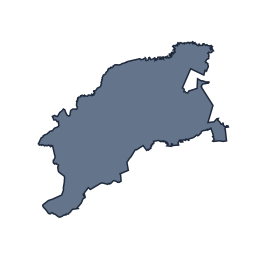 outline of Teapa, Tabasco, Mexico, rotated 78°
{"feature_id": "50627088B17236801966727", "entity_name": "Teapa", "entity_type": "district", "adm_level": 2, "iso_a3": "MEX", "parent_name": "Mexico", "parent_adm1": "Tabasco", "projection": "orthographic", "projection_center": [-92.975, 17.62], "detail": "fine", "context": "isolated", "style": "filled", "palette": "slate", "viewbox_px": 256, "rotation_deg": 78, "n_neighbors": 0, "source": "geoboundaries", "source_scale": "gbopen_adm2", "svg_char_len": 5655}
<svg xmlns="http://www.w3.org/2000/svg" viewBox="0 0 256 256"><g transform="rotate(78 128 128)"><path d="M65.5,81.1L65.0,84.1L66.3,84.5L67.5,85.9L67.4,86.3L66.0,86.1L65.7,86.5L67.0,86.7L67.5,87.6L66.2,87.2L65.0,87.6L65.6,88.7L65.9,91.6L65.2,91.9L64.2,91.8L63.4,92.4L63.7,93.2L65.2,93.8L65.7,94.4L65.9,95.7L65.7,96.4L65.5,96.6L64.0,96.0L62.9,96.6L63.4,96.9L63.5,98.1L64.0,99.0L63.8,101.3L62.7,101.9L62.9,114.5L63.3,115.6L63.1,116.0L63.5,116.2L63.8,120.6L64.4,121.8L64.5,123.7L63.6,126.5L63.6,128.1L64.1,128.7L64.2,129.6L65.1,129.9L65.6,130.9L65.6,131.5L64.9,132.0L65.2,132.6L66.0,133.0L65.8,134.5L66.4,134.8L66.4,135.3L67.9,136.0L69.1,138.0L70.0,138.4L71.0,139.9L71.0,140.9L71.5,141.4L72.6,142.0L73.2,142.7L75.0,143.0L75.2,143.5L76.0,143.5L76.7,144.2L77.8,144.5L78.0,144.9L79.2,144.7L80.1,145.5L80.7,145.5L81.9,146.6L82.7,149.8L84.1,151.1L84.7,152.3L84.6,153.8L85.2,154.0L85.3,153.4L86.9,153.2L87.5,153.8L87.6,154.5L88.5,154.5L88.5,154.8L87.7,154.9L88.6,155.8L87.6,156.4L88.7,156.9L88.6,157.5L88.1,157.8L87.5,159.9L87.9,160.0L88.5,161.4L87.6,163.1L86.9,163.7L87.2,163.9L87.1,164.4L87.7,164.6L86.8,165.5L87.1,165.8L86.9,166.5L86.5,166.5L86.7,167.7L87.7,167.9L87.6,169.8L88.0,170.8L88.4,171.0L88.4,170.6L89.1,170.7L89.9,171.6L90.8,171.7L90.8,172.4L91.3,172.8L92.0,172.3L92.8,173.0L95.3,173.7L97.3,173.3L98.7,174.0L99.0,174.8L98.6,175.4L98.0,178.0L98.7,179.8L99.3,180.6L103.7,182.3L104.1,183.5L102.6,185.0L99.0,185.9L97.1,186.0L96.0,187.3L97.4,188.9L98.7,191.6L102.1,194.6L101.1,196.6L100.4,197.1L100.9,199.6L104.8,198.8L105.0,197.3L105.7,196.5L107.2,195.9L107.1,194.8L111.5,195.2L111.9,195.6L112.4,196.9L113.0,200.2L114.9,202.4L115.0,205.0L117.2,208.8L117.3,210.7L117.9,211.8L117.8,212.4L119.2,213.2L119.5,214.0L119.3,214.6L119.8,215.1L124.8,218.9L125.1,218.5L125.9,218.5L126.3,218.2L126.2,216.8L126.9,216.3L126.4,215.5L127.0,214.9L127.1,214.0L127.9,213.7L128.2,213.2L127.8,211.8L128.5,211.1L128.6,210.5L128.1,209.3L129.4,208.2L129.0,207.2L130.1,207.2L129.5,206.2L129.7,205.5L141.5,205.3L144.3,207.5L144.2,207.8L146.3,208.3L147.1,207.9L147.4,207.4L147.9,207.4L148.1,206.8L147.6,206.0L147.7,205.5L148.7,205.2L149.8,203.7L150.6,203.9L151.6,204.9L155.7,205.1L157.1,204.5L161.8,200.4L163.3,200.3L168.4,201.8L172.9,203.6L175.8,204.2L179.8,206.9L181.9,216.6L182.4,221.0L185.5,227.2L186.3,227.6L187.9,227.2L191.2,225.2L195.0,223.5L195.9,222.0L194.9,220.0L195.7,219.1L196.4,219.0L196.9,217.5L200.4,214.5L201.0,213.5L200.8,211.2L199.9,209.1L200.1,206.8L199.4,206.7L199.7,204.0L199.0,203.5L197.9,201.3L197.2,200.9L196.0,199.1L196.4,193.5L195.4,194.1L191.7,189.3L187.9,186.7L187.1,184.6L187.5,184.1L185.0,185.3L184.8,184.6L185.1,184.3L184.6,184.3L184.1,184.7L183.9,185.4L183.3,185.5L182.7,184.2L181.8,183.6L178.1,179.2L180.3,177.6L176.4,166.3L176.4,164.5L178.9,159.5L178.2,158.0L178.9,157.6L178.6,156.3L176.9,153.9L176.6,153.0L177.2,151.2L179.0,149.3L179.3,147.9L178.6,145.8L172.3,145.0L171.2,145.4L169.5,136.5L161.4,136.2L158.3,133.2L156.8,131.1L150.8,125.4L151.1,124.0L148.3,116.9L153.8,114.4L153.1,112.9L153.8,112.6L152.4,109.7L151.7,110.0L150.7,108.7L149.7,109.0L149.3,107.3L148.6,107.5L148.1,105.8L146.4,105.8L146.5,100.7L147.4,99.4L147.6,99.5L148.0,99.0L147.7,98.7L148.3,97.6L147.8,97.2L148.7,96.3L148.0,95.5L148.8,94.6L149.1,94.9L149.9,94.1L149.4,93.6L150.3,92.8L151.1,93.8L151.5,93.3L151.2,92.9L152.1,92.1L153.5,93.7L155.0,89.2L152.5,88.6L153.0,87.8L154.4,88.2L155.2,82.0L153.0,82.1L152.1,81.1L151.3,80.9L150.6,79.8L150.7,78.8L151.7,78.2L152.0,78.3L151.8,79.5L152.7,79.4L153.0,77.3L151.5,77.4L151.0,76.2L152.1,74.3L151.8,73.9L151.1,74.2L150.9,73.8L151.3,72.6L152.6,71.5L152.6,71.0L151.6,71.0L151.3,70.2L151.1,66.6L150.3,64.3L149.2,62.5L149.4,61.9L150.1,61.4L149.4,59.6L148.5,58.5L148.3,57.8L147.3,57.4L146.5,56.4L146.2,55.2L146.4,52.3L145.7,50.9L146.7,50.4L146.1,49.3L146.2,48.3L145.5,47.7L145.4,47.0L151.2,46.2L154.1,46.2L154.1,46.9L156.8,45.9L158.4,47.9L158.9,47.3L159.5,41.4L160.9,37.6L161.1,34.3L149.8,33.2L148.7,33.4L148.1,33.0L147.7,32.0L147.9,29.6L146.9,29.7L146.3,30.8L147.0,32.6L145.3,34.2L143.7,33.9L143.0,34.1L143.8,35.6L143.4,36.3L141.4,36.9L138.9,38.6L137.5,37.6L137.4,39.1L139.9,42.6L139.3,48.7L123.6,40.2L104.3,47.4L103.0,47.4L103.0,47.7L101.9,47.5L100.5,45.6L100.8,39.9L100.0,39.2L99.6,39.8L99.3,41.9L97.2,45.5L97.3,46.4L94.3,49.7L103.6,52.2L104.5,61.0L105.9,61.9L106.1,62.8L105.4,64.0L104.4,64.5L104.1,65.8L102.0,65.0L100.9,65.5L100.1,66.5L83.1,54.4L92.0,42.8L87.6,40.7L87.8,40.0L88.7,39.7L88.4,39.1L86.9,38.4L85.1,36.9L83.8,36.5L82.2,36.8L81.7,36.5L80.0,37.9L80.0,38.5L79.4,38.6L77.5,37.0L76.8,34.6L75.2,34.4L74.8,34.0L73.3,33.7L72.2,33.8L71.6,34.4L70.7,33.4L71.4,32.0L71.5,31.0L71.3,30.3L70.3,29.7L70.3,28.4L67.9,29.2L67.9,29.9L68.5,30.8L67.1,31.0L66.5,30.7L66.3,28.8L66.1,28.5L64.5,29.6L64.8,30.6L64.2,32.5L62.9,33.5L63.4,34.8L61.3,36.2L61.4,37.4L61.8,37.6L62.4,37.4L62.6,37.8L62.4,39.7L61.7,40.6L60.7,41.0L61.3,41.6L62.0,41.7L61.8,42.8L61.4,43.2L60.2,43.4L59.9,44.9L58.6,44.7L59.0,46.3L58.1,45.8L57.2,46.8L58.4,47.2L57.5,47.8L57.7,48.6L57.2,49.5L58.0,50.4L56.9,51.2L56.6,51.9L57.3,53.6L56.5,54.7L57.3,55.4L56.6,56.0L56.9,56.9L56.1,57.6L55.3,59.3L56.5,60.4L55.4,60.9L55.0,61.5L55.7,61.9L57.7,62.4L56.7,63.5L57.6,64.2L56.8,66.1L57.4,67.3L58.5,66.7L60.0,65.4L60.6,65.6L60.4,66.6L61.1,67.5L61.4,66.6L63.4,66.0L63.7,66.9L64.9,68.0L64.1,69.0L63.8,67.8L63.2,67.5L63.1,69.5L64.0,70.3L65.2,69.9L64.3,72.0L65.7,72.1L66.0,71.7L65.9,70.8L66.7,70.3L67.2,70.5L66.5,71.7L66.8,72.0L67.6,71.6L68.0,72.6L67.9,73.6L67.7,74.2L66.0,74.1L67.5,75.7L67.3,76.3L66.2,76.1L66.5,77.3L65.7,79.1L66.0,79.7L67.4,79.0L68.0,79.0L67.2,79.8L67.6,81.0L67.5,82.5L67.3,82.8L66.9,82.5L67.0,80.5L66.7,80.1L65.5,81.1Z" fill="#64748b" stroke="#1e293b" stroke-width="1.5"/></g></svg>